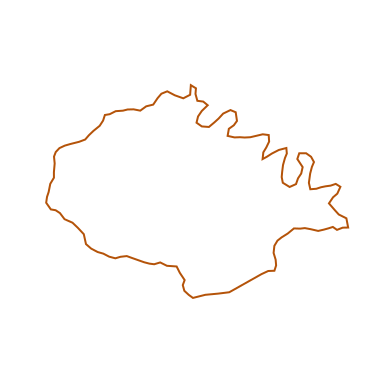 Benjamin Constant do Sul, Rio Grande do Sul, Brazil (Robinson projection), rotated 155°
{"feature_id": "56859067B73430891093496", "entity_name": "Benjamin Constant do Sul", "entity_type": "district", "adm_level": 2, "iso_a3": "BRA", "parent_name": "Brazil", "parent_adm1": "Rio Grande do Sul", "projection": "robinson", "projection_center": [-52.659, -27.484], "detail": "fine", "context": "isolated", "style": "outline", "palette": "amber", "viewbox_px": 384, "rotation_deg": 155, "n_neighbors": 0, "source": "geoboundaries", "source_scale": "gbopen_adm2", "svg_char_len": 1963}
<svg xmlns="http://www.w3.org/2000/svg" viewBox="0 0 384 384"><g transform="rotate(155 192 192)"><path d="M235.9,95.6L223.4,93.2L211.1,88.8L200.6,85.4L163.8,88.2L156.3,88.2L150.6,85.8L146.8,89.9L144.8,95.3L143.8,102.3L140.1,108.4L135.1,111.8L130.0,113.0L122.8,113.9L115.0,115.9L109.5,113.1L105.0,111.6L100.1,108.1L94.1,103.4L88.5,102.2L83.7,101.4L79.1,100.8L76.6,96.4L70.5,96.0L65.5,93.8L63.2,102.9L68.5,109.6L70.2,115.1L72.7,123.8L66.4,127.6L61.0,129.1L55.3,134.0L58.3,138.6L63.7,139.2L68.5,140.7L73.1,141.8L78.0,142.4L83.6,144.5L82.2,150.9L77.1,158.8L72.7,164.1L68.8,167.6L69.2,173.6L72.2,178.9L78.4,181.8L82.6,177.4L81.2,167.8L85.2,162.6L90.1,159.6L94.4,155.2L101.4,155.3L105.8,162.0L104.4,167.6L101.8,172.1L98.1,178.0L93.4,183.5L89.8,186.8L87.9,192.0L95.5,193.4L103.3,193.1L109.3,192.3L114.1,192.0L110.6,197.8L105.8,201.0L100.8,205.1L98.4,211.2L103.5,214.4L109.3,215.6L116.0,217.0L121.2,219.1L125.4,221.4L130.4,223.5L136.0,227.8L131.9,233.7L125.9,234.8L121.2,237.4L118.7,245.8L122.5,250.0L130.6,249.9L136.9,247.3L142.4,245.6L149.2,243.8L155.4,247.3L158.6,252.9L154.6,257.9L148.9,261.3L141.1,264.0L143.6,269.2L148.6,272.4L147.4,279.4L144.6,284.3L147.9,289.3L152.6,280.9L160.3,280.6L166.7,286.9L171.9,293.7L178.2,294.0L183.5,291.6L190.2,287.6L197.3,289.0L204.5,287.6L210.0,291.6L215.5,294.0L220.2,294.9L227.0,297.5L233.7,297.3L238.4,298.6L242.4,294.3L247.7,291.0L255.6,289.0L261.5,287.0L266.6,284.7L273.1,285.2L282.0,286.9L287.7,287.8L293.6,287.8L298.6,285.8L302.1,282.4L304.4,275.9L308.8,268.3L311.1,263.3L317.0,259.3L322.0,252.5L325.5,248.8L328.7,243.9L327.3,235.9L323.3,233.1L320.6,228.7L319.0,221.2L313.3,214.7L310.6,207.8L307.9,199.5L310.1,189.6L307.3,183.3L302.9,177.5L298.4,173.6L294.4,168.4L289.5,164.3L284.2,163.5L278.2,161.5L274.5,157.8L269.3,152.7L265.0,148.5L260.9,145.1L256.8,142.5L250.6,141.6L245.9,135.7L237.4,131.0L237.2,123.9L235.9,115.3L239.7,111.5L240.7,105.7L238.4,100.1L235.9,95.6Z" fill="none" stroke="#b45309" stroke-width="2"/></g></svg>